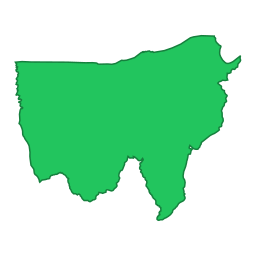 outline of Phu Luang, Loei, Thailand
{"feature_id": "78962969B80258711240190", "entity_name": "Phu Luang", "entity_type": "district", "adm_level": 2, "iso_a3": "THA", "parent_name": "Thailand", "parent_adm1": "Loei", "projection": "orthographic", "projection_center": [101.608, 17.083], "detail": "fine", "context": "isolated", "style": "filled", "palette": "green", "viewbox_px": 256, "rotation_deg": 0, "n_neighbors": 0, "source": "geoboundaries", "source_scale": "gbopen_adm2", "svg_char_len": 5775}
<svg xmlns="http://www.w3.org/2000/svg" viewBox="0 0 256 256"><path d="M19.1,123.6L19.8,124.1L20.7,125.3L22.1,128.8L22.6,131.0L22.7,134.3L23.2,135.9L24.0,136.8L25.3,139.4L27.4,142.3L28.7,144.8L29.2,146.1L30.0,152.2L29.9,156.3L30.1,158.4L31.0,165.2L33.8,169.1L34.3,173.0L34.6,173.8L35.4,174.8L36.3,175.3L37.8,177.0L39.1,179.6L39.5,181.7L39.8,182.2L41.7,180.3L42.4,180.0L45.7,179.5L47.4,178.9L48.4,178.8L49.6,178.5L49.8,177.2L50.2,176.8L50.8,175.8L51.3,175.4L52.6,175.2L53.1,174.8L54.3,174.8L55.3,174.3L56.7,174.3L57.5,174.0L57.8,173.5L58.6,173.4L59.1,172.9L60.3,172.5L60.5,172.5L60.8,173.0L61.2,173.2L61.7,172.9L62.2,172.9L63.5,174.2L65.5,175.3L66.6,177.0L67.3,177.9L67.7,178.2L68.4,178.3L68.6,178.5L68.6,178.9L67.9,179.8L68.1,181.9L68.4,182.8L69.1,183.6L69.3,185.8L69.8,186.8L69.8,188.2L71.0,190.0L71.8,191.9L73.6,193.8L75.6,193.7L77.4,194.9L78.3,194.1L79.0,194.1L79.7,194.5L80.1,194.9L80.3,195.9L81.1,196.4L82.2,198.6L84.1,200.5L88.0,200.5L88.9,201.3L90.0,201.7L92.0,200.6L92.9,199.9L94.3,199.7L95.6,198.9L95.8,198.4L95.7,197.4L96.1,196.1L96.6,195.4L98.4,194.3L98.9,192.4L100.6,192.8L101.4,192.8L102.4,193.3L103.0,193.2L103.9,192.8L105.9,192.2L106.1,190.4L106.6,189.9L107.8,189.8L111.3,190.9L112.7,190.6L113.3,190.2L114.4,188.7L115.9,187.5L116.9,186.2L117.0,185.4L116.5,184.0L116.5,183.0L117.0,182.8L118.6,181.2L119.0,179.7L119.6,178.5L119.6,177.6L118.9,176.6L118.8,175.2L119.2,173.2L120.5,170.8L120.9,170.5L121.9,170.4L122.7,169.1L124.5,164.5L124.6,162.7L125.5,161.9L126.3,161.3L127.1,160.2L127.9,156.3L128.4,156.5L129.3,157.8L129.8,158.0L132.1,157.9L133.5,158.1L133.7,157.9L133.7,157.4L133.4,156.5L134.3,156.7L136.9,158.8L138.1,160.2L139.1,160.7L140.4,160.6L140.9,160.4L142.6,158.4L143.2,159.6L143.1,159.9L141.2,162.7L141.0,162.9L140.6,162.8L140.3,162.9L140.0,163.6L140.0,164.7L140.6,166.0L139.7,167.2L139.7,168.7L140.0,169.2L141.3,170.0L141.3,170.7L140.7,171.5L140.7,172.0L141.3,172.7L141.9,173.0L142.4,173.7L142.5,174.2L142.4,174.7L142.9,175.3L142.8,176.0L143.0,176.5L143.9,177.3L145.0,177.6L145.3,179.6L145.7,180.1L146.6,180.6L146.9,182.5L146.2,184.6L146.1,185.9L146.4,186.4L147.3,187.3L147.6,188.0L148.3,188.8L148.6,189.8L149.4,190.5L149.1,191.4L149.4,192.3L149.8,192.6L149.8,193.1L150.4,193.4L150.6,194.1L151.7,194.9L151.8,195.3L152.3,195.9L152.4,196.8L153.1,197.4L153.2,198.0L153.7,198.5L154.5,199.0L155.7,200.4L155.9,201.5L155.9,203.7L156.2,204.4L157.4,204.9L157.5,205.4L158.4,205.8L159.4,205.9L159.4,206.9L160.5,207.3L160.8,207.6L160.7,208.6L160.9,209.0L160.8,211.0L159.9,211.3L159.5,211.9L159.5,212.4L159.2,212.5L159.4,213.1L159.2,213.8L159.6,214.0L159.8,214.6L159.2,214.7L158.8,215.6L157.6,216.4L157.6,217.1L157.1,217.7L157.0,219.2L157.5,219.8L158.0,220.1L158.9,220.3L160.1,219.8L162.6,219.7L164.5,218.3L165.9,217.8L168.3,216.3L170.5,214.6L172.4,212.2L172.7,210.6L173.2,209.8L173.7,209.3L174.9,208.6L175.8,207.3L176.8,206.6L178.6,203.6L180.0,202.5L183.0,201.0L183.9,200.3L185.0,198.6L185.0,197.3L184.0,195.0L184.2,194.7L184.9,194.0L184.1,193.2L183.8,192.5L184.0,191.4L183.2,188.5L183.4,188.0L184.6,186.7L185.1,182.4L184.6,180.0L183.3,177.8L183.1,175.7L183.7,171.6L185.6,166.5L186.5,162.8L186.7,161.2L187.1,160.1L187.7,157.7L188.1,154.9L188.8,154.2L190.4,154.0L191.1,150.6L192.1,149.4L191.7,149.0L189.7,148.5L189.2,148.1L189.2,147.2L189.9,145.4L193.4,148.5L193.9,148.8L195.4,149.2L196.9,149.3L198.0,149.1L198.6,148.1L199.7,147.1L200.1,145.6L201.1,144.1L201.3,142.5L210.1,135.5L212.4,134.3L214.5,133.4L217.8,131.2L219.3,129.9L218.9,128.0L219.1,127.4L219.7,127.0L221.1,126.6L221.6,126.1L221.7,125.4L221.6,124.0L223.1,121.2L223.2,120.3L223.0,118.5L222.2,116.9L222.1,112.8L221.5,111.1L221.5,110.4L222.3,108.7L222.5,107.5L224.1,105.6L224.6,102.9L226.1,101.9L226.5,101.4L226.5,100.9L225.9,99.3L225.8,98.3L226.1,97.5L227.0,96.2L227.1,95.6L226.9,95.2L225.7,94.3L224.9,93.1L224.4,92.0L224.4,90.6L222.5,89.8L221.6,88.7L221.3,87.9L221.5,86.7L221.2,86.0L219.5,84.8L218.7,84.0L217.9,83.5L217.8,83.1L219.3,81.6L220.7,81.4L222.6,80.2L225.2,80.5L227.7,80.0L226.9,77.5L227.3,73.3L228.5,73.5L230.7,72.7L230.9,72.4L231.0,71.2L231.2,70.6L232.3,69.2L233.0,69.0L233.9,69.4L234.5,69.4L235.0,69.1L236.1,67.6L237.6,67.0L237.9,64.1L240.1,61.5L240.6,60.2L240.0,58.1L240.2,57.3L240.2,56.5L240.6,55.7L233.2,61.5L231.9,62.2L230.4,62.9L228.7,63.4L227.0,63.4L226.1,63.2L224.7,62.2L222.6,60.1L220.7,56.9L219.8,54.6L219.6,52.8L219.9,49.4L220.8,47.0L220.9,46.2L220.4,45.7L219.1,45.2L218.7,44.5L217.4,43.4L215.8,41.4L215.4,39.6L215.6,38.4L215.3,37.9L214.4,37.2L214.3,36.1L201.3,35.7L193.5,36.9L190.4,37.8L180.8,44.1L172.3,47.9L164.4,50.6L153.7,52.4L153.3,52.4L153.1,51.9L152.8,51.7L152.4,51.6L151.1,52.0L150.3,51.7L149.5,51.0L147.8,51.2L146.3,51.7L145.8,51.5L145.5,51.6L145.2,51.5L144.3,52.0L143.7,51.7L143.5,51.9L143.5,52.1L142.9,51.9L142.8,52.2L142.4,52.0L142.1,52.4L141.3,52.5L134.6,57.6L130.8,58.9L126.6,60.2L123.6,60.5L121.6,60.3L115.7,63.5L111.8,64.3L107.8,64.0L99.1,64.2L97.9,64.0L96.9,63.2L96.2,63.0L92.5,62.7L85.6,62.8L67.4,62.2L30.9,62.0L22.0,61.6L15.4,62.2L15.8,63.0L16.6,63.7L16.5,64.9L16.1,65.2L16.1,65.6L16.7,66.3L17.6,66.9L17.4,67.4L17.0,67.4L16.5,67.1L16.3,67.3L16.3,67.7L17.1,68.6L17.3,69.2L17.1,69.6L16.1,69.8L16.1,70.5L16.6,71.6L18.1,72.1L18.5,73.5L17.7,74.8L18.1,76.0L16.3,78.9L16.6,79.5L17.5,80.2L17.1,82.0L16.4,82.9L16.5,83.8L16.1,84.3L16.7,84.7L17.7,84.7L18.1,85.9L17.6,88.0L16.9,88.8L17.6,89.3L17.6,89.8L17.9,90.1L17.6,90.4L17.9,90.6L17.9,90.9L17.5,91.6L17.3,92.5L16.1,94.9L16.4,95.1L17.3,94.8L17.9,94.9L19.7,95.9L18.4,98.5L18.5,99.2L18.9,99.5L19.3,99.5L20.1,99.0L21.3,99.6L21.5,99.9L20.9,101.0L19.8,101.6L19.0,101.8L18.8,102.1L18.9,102.3L20.0,102.7L20.6,103.2L20.6,103.7L20.3,104.3L20.4,105.0L20.1,105.5L20.4,106.3L20.8,106.7L22.2,107.2L22.7,107.9L22.1,108.6L21.0,108.5L20.2,110.1L19.5,114.2L19.9,120.4L19.1,123.6Z" fill="#22c55e" stroke="#15803d" stroke-width="1.5"/></svg>